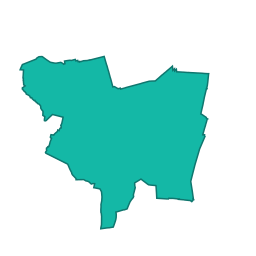 Pajacuarán, Michoacán, Mexico (Natural Earth projection), rotated 75°
{"feature_id": "50627088B74938552540621", "entity_name": "Pajacuarán", "entity_type": "district", "adm_level": 2, "iso_a3": "MEX", "parent_name": "Mexico", "parent_adm1": "Michoacán", "projection": "natural_earth1", "projection_center": [-102.531, 20.15], "detail": "fine", "context": "isolated", "style": "filled", "palette": "teal", "viewbox_px": 256, "rotation_deg": 75, "n_neighbors": 0, "source": "geoboundaries", "source_scale": "gbopen_adm2", "svg_char_len": 5124}
<svg xmlns="http://www.w3.org/2000/svg" viewBox="0 0 256 256"><g transform="rotate(75 128 128)"><path d="M128.6,212.3L130.1,214.0L131.0,213.9L131.5,213.4L147.3,195.6L152.8,194.8L154.7,194.4L156.4,194.0L157.6,194.1L159.0,193.7L161.7,192.2L163.4,191.3L164.5,191.6L166.4,184.0L167.3,183.2L168.1,182.5L168.5,181.7L169.1,180.6L169.8,179.8L170.4,179.3L171.3,178.8L172.2,178.3L172.7,177.7L172.5,176.6L172.7,176.0L173.0,174.8L173.1,174.6L176.8,176.5L177.1,175.8L179.4,171.2L179.5,170.9L182.7,170.1L187.9,171.0L191.5,172.2L194.9,173.9L197.0,174.4L200.0,175.4L202.5,176.0L203.8,175.9L205.3,176.2L206.3,176.3L211.7,177.8L214.7,178.7L217.7,180.2L218.3,180.4L219.1,173.8L219.5,171.9L219.9,167.9L218.5,166.9L216.6,165.6L214.5,164.2L213.1,163.4L211.6,162.7L210.1,162.2L208.8,161.8L207.7,161.6L206.1,161.5L206.1,160.8L205.9,153.5L206.1,152.8L205.9,149.8L205.3,149.3L204.4,148.7L199.9,145.2L198.5,143.6L198.2,143.3L197.6,142.4L196.8,141.3L195.7,140.3L194.6,140.2L193.7,140.0L193.2,139.7L192.1,139.1L191.0,138.4L189.3,137.5L188.9,137.2L188.3,137.1L188.1,136.9L188.0,136.7L187.7,136.5L186.2,136.4L185.9,136.4L185.4,136.4L184.4,136.1L183.8,136.1L182.7,135.7L181.8,132.5L180.7,128.7L182.0,127.7L187.3,123.6L188.2,122.8L188.9,121.1L189.0,120.9L189.4,119.8L190.3,117.4L190.8,116.0L191.1,115.9L198.6,117.4L203.3,118.4L204.0,116.4L204.4,115.1L205.4,112.2L206.6,108.7L207.0,107.3L206.4,106.7L206.7,106.0L207.2,104.5L207.2,104.2L207.7,102.6L209.5,97.9L209.9,96.7L210.0,96.7L210.2,97.1L211.2,94.4L211.8,92.6L212.0,92.3L212.1,92.1L213.8,87.7L214.2,86.5L215.3,85.8L215.6,85.5L215.4,85.3L214.7,84.4L214.9,84.3L214.2,83.5L214.2,83.3L213.9,83.5L213.3,83.6L213.3,83.2L210.0,82.8L206.1,82.3L203.2,82.0L195.7,81.2L195.1,80.8L194.7,80.6L188.6,77.2L180.6,72.7L171.8,67.3L168.2,65.1L167.3,64.6L166.7,64.2L156.0,55.8L155.7,56.0L155.4,56.2L155.1,56.1L154.3,55.8L154.2,56.1L153.9,57.5L152.1,56.5L150.3,55.4L148.5,54.4L148.4,54.3L146.8,53.3L146.7,53.2L145.2,52.3L145.0,52.2L144.7,52.1L143.2,51.1L141.5,50.1L141.4,50.1L139.7,49.0L139.7,48.9L138.8,49.7L138.7,49.8L138.0,49.7L136.4,51.1L133.7,53.4L133.3,53.8L133.2,54.0L129.2,51.9L124.9,49.6L123.6,49.0L120.2,47.3L118.1,46.3L110.2,42.0L110.3,41.9L110.5,41.5L110.3,41.4L110.1,41.8L110.0,41.7L109.9,41.7L108.4,40.9L107.8,40.5L104.4,39.1L97.0,36.3L96.4,36.0L96.3,36.3L96.1,37.1L95.7,38.3L95.1,40.1L94.4,42.0L94.2,42.5L93.8,43.8L93.2,45.6L92.6,47.5L92.0,49.3L91.4,51.1L90.8,53.0L90.2,54.7L89.7,56.4L89.1,58.1L89.0,58.4L88.4,60.1L87.8,62.0L87.6,62.5L86.3,66.5L85.9,66.4L83.8,66.1L84.9,68.1L82.8,67.7L82.9,67.9L83.4,68.8L83.9,69.8L81.9,69.4L79.8,69.1L80.8,71.1L81.7,73.0L81.9,73.4L82.7,75.2L83.7,77.1L83.8,77.4L84.6,79.2L85.1,80.1L85.5,81.2L86.5,83.2L86.6,83.4L87.7,85.5L88.6,87.4L89.5,89.2L89.6,89.5L88.8,93.0L88.4,94.9L88.3,95.4L88.3,97.0L88.3,98.2L88.3,99.3L88.3,100.5L88.3,101.6L88.3,102.7L88.4,103.8L88.4,105.0L88.4,106.1L88.4,107.2L88.4,108.3L88.4,109.4L88.4,111.7L88.4,112.8L88.4,113.9L88.4,115.0L88.4,116.1L88.4,117.3L88.4,118.3L88.4,119.5L88.5,120.6L88.5,121.8L88.5,122.9L88.5,125.1L87.5,125.1L87.5,127.4L86.5,128.4L86.4,128.5L84.5,130.4L84.4,131.0L84.4,131.7L84.4,132.0L82.4,132.0L82.2,132.0L80.4,132.0L78.4,132.0L76.3,132.0L74.3,132.1L74.2,132.1L72.3,132.1L70.4,132.1L68.2,132.1L66.3,132.2L66.2,132.2L65.3,132.2L62.4,132.2L62.1,132.3L58.9,132.4L52.7,132.5L52.5,147.4L52.3,147.4L52.3,149.5L52.2,150.3L51.5,153.6L51.6,154.8L51.7,155.8L51.5,156.1L51.7,157.7L51.1,157.8L51.1,159.0L49.7,159.1L49.7,159.5L49.7,160.2L49.7,160.5L49.7,161.0L48.1,161.2L48.1,161.5L48.1,162.6L48.1,163.0L48.1,163.7L48.1,165.2L47.7,166.1L47.5,166.7L47.2,169.0L47.1,169.9L46.9,172.0L48.1,172.1L49.6,172.3L49.7,173.8L49.0,174.0L47.2,175.9L46.8,180.6L46.6,181.3L46.3,182.1L44.4,186.0L40.9,189.1L37.5,191.8L36.9,192.3L36.7,192.7L36.1,195.6L36.8,197.9L37.7,199.1L39.3,212.8L39.4,213.6L42.2,215.9L42.3,216.0L43.8,217.1L44.9,213.9L50.3,215.7L52.5,216.5L52.8,216.2L55.0,216.9L55.1,216.7L56.7,217.1L58.0,217.3L58.7,217.4L58.9,217.5L59.0,217.4L59.4,217.5L60.7,216.5L61.2,217.8L61.8,218.9L62.0,219.5L61.9,219.6L62.1,219.7L62.7,219.9L62.9,220.0L63.0,219.9L63.5,219.6L63.8,219.5L64.3,219.4L65.2,219.0L66.0,218.6L66.3,218.2L67.8,217.5L68.9,217.5L70.7,215.4L71.9,214.6L73.5,214.4L73.6,213.6L73.9,213.1L74.4,213.1L74.9,213.0L77.1,211.6L77.3,210.7L78.1,210.8L79.0,210.0L79.7,209.9L80.1,209.2L80.7,209.0L81.3,208.7L82.0,207.6L84.1,206.7L85.7,207.0L86.6,207.1L88.4,206.5L89.8,205.8L90.9,206.1L93.8,207.0L95.5,205.4L97.0,206.1L98.8,206.8L99.3,206.8L99.7,206.1L99.7,205.5L99.5,204.8L99.2,204.4L97.3,201.0L96.3,199.1L95.4,197.4L96.1,196.2L98.1,192.6L100.8,187.9L103.8,189.4L106.5,190.8L108.2,192.3L108.3,192.3L108.6,192.0L109.3,192.2L110.6,192.6L110.5,193.3L110.7,193.6L111.1,194.1L111.6,194.6L112.0,195.0L112.4,195.3L112.5,195.3L111.8,196.4L112.1,196.5L112.4,196.4L112.8,197.0L113.4,197.7L114.0,199.1L114.8,200.6L115.4,201.2L115.3,201.7L115.5,201.8L114.7,203.7L114.6,203.8L114.5,204.1L116.8,205.4L117.6,205.2L118.1,204.5L119.0,205.1L119.4,205.4L119.7,205.6L120.8,206.5L124.3,208.5L125.2,209.1L125.3,209.3L125.0,209.2L125.4,210.5L125.8,210.8L126.1,211.2L126.2,211.7L126.3,211.9L127.4,212.3L128.6,212.3Z" fill="#14b8a6" stroke="#0f766e" stroke-width="1.5"/></g></svg>